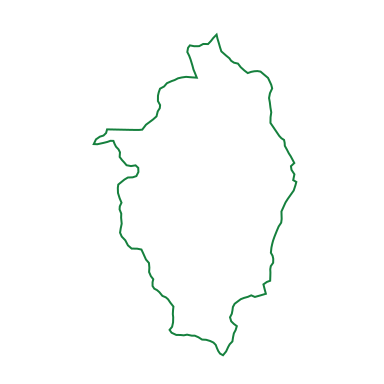 the district of Japoatã, Sergipe, Brazil, rotated 6°
{"feature_id": "56859067B54321289855838", "entity_name": "Japoatã", "entity_type": "district", "adm_level": 2, "iso_a3": "BRA", "parent_name": "Brazil", "parent_adm1": "Sergipe", "projection": "orthographic", "projection_center": [-36.794, -10.437], "detail": "fine", "context": "isolated", "style": "outline", "palette": "green", "viewbox_px": 384, "rotation_deg": 6, "n_neighbors": 0, "source": "geoboundaries", "source_scale": "gbopen_adm2", "svg_char_len": 2698}
<svg xmlns="http://www.w3.org/2000/svg" viewBox="0 0 384 384"><g transform="rotate(6 192 192)"><path d="M213.6,335.8L217.4,337.7L221.5,337.5L225.7,338.3L229.1,339.5L231.6,341.6L233.1,344.6L234.8,347.5L236.8,349.8L239.9,351.1L242.6,347.0L244.2,342.3L245.4,339.5L247.8,336.4L248.0,332.3L248.4,328.2L249.8,324.8L250.6,320.7L247.4,318.8L244.5,316.5L242.9,312.6L244.3,309.0L244.6,305.7L244.7,302.1L246.1,298.7L249.1,295.9L251.7,293.5L254.8,291.9L258.6,290.4L261.7,288.6L265.5,289.8L270.8,287.7L276.1,285.5L274.4,281.1L272.7,276.4L275.9,273.6L279.0,272.1L278.7,267.7L278.4,264.0L277.9,260.6L278.1,257.5L280.1,253.9L279.8,250.0L278.8,247.0L276.8,244.2L276.8,239.0L277.2,235.3L277.7,232.0L278.7,227.8L280.3,222.1L281.8,217.2L283.9,213.2L284.0,209.5L283.0,202.0L286.1,192.6L288.0,188.8L293.0,179.9L294.2,174.3L294.7,171.1L291.4,169.6L292.0,163.7L288.6,159.5L287.7,156.0L290.7,152.5L288.5,149.2L286.4,146.1L284.3,143.5L281.8,139.7L279.5,136.4L279.0,133.4L278.1,130.6L275.3,129.2L272.9,127.1L262.8,115.1L262.3,109.4L262.5,104.5L261.2,99.9L260.0,94.6L258.8,90.5L259.2,85.6L260.9,80.6L259.6,77.1L258.0,74.4L255.7,70.6L251.1,67.5L247.6,65.1L244.4,64.9L241.4,65.4L238.4,66.3L235.0,67.9L231.4,65.7L227.4,62.8L224.3,59.5L220.2,59.0L217.2,57.4L215.2,55.1L211.7,52.8L206.5,49.1L204.8,45.3L203.2,41.3L201.3,36.8L200.0,32.9L197.0,36.7L195.1,39.8L192.5,43.2L187.7,43.6L183.9,46.2L179.0,46.8L174.6,46.4L173.0,49.0L172.7,53.3L174.9,56.7L176.7,60.3L179.2,66.2L180.7,70.1L182.5,73.4L184.8,77.8L179.5,78.0L174.1,78.1L169.7,79.2L166.2,80.4L163.0,82.5L160.2,83.8L155.7,86.4L153.2,90.0L149.4,92.6L148.5,96.4L148.1,99.8L148.6,105.1L151.2,108.9L151.2,112.0L149.5,115.4L148.8,120.5L145.6,124.0L139.2,129.9L136.0,135.2L132.9,135.8L125.9,136.5L101.0,138.6L100.4,142.3L98.1,145.1L94.6,146.6L91.0,149.7L89.3,154.6L92.8,154.4L98.6,152.5L102.7,151.0L105.6,149.6L108.5,149.4L110.0,152.3L111.7,154.9L114.4,157.2L116.2,160.0L116.4,164.7L119.1,167.6L121.4,169.6L124.1,172.2L128.6,172.6L133.1,171.4L136.0,173.6L136.6,177.7L135.0,182.0L131.5,183.6L126.7,184.3L123.5,186.7L120.9,189.3L117.9,192.3L117.8,195.7L118.5,200.7L120.7,205.8L123.0,210.0L121.7,213.8L121.8,216.9L123.9,220.9L124.2,225.0L125.4,230.9L124.9,235.8L124.7,240.0L126.8,243.7L130.7,247.0L133.9,251.8L137.9,254.6L143.3,254.1L147.7,254.5L149.7,257.8L151.6,261.1L153.3,264.0L156.6,267.1L157.5,271.7L157.7,276.1L159.9,280.0L162.6,282.8L162.2,285.8L162.6,289.6L164.6,292.1L167.4,293.2L170.0,295.0L173.4,298.4L177.0,299.5L179.4,301.2L182.1,304.4L185.5,307.9L185.5,311.6L185.7,315.5L186.4,318.5L186.8,323.6L186.3,328.1L184.1,331.5L186.4,334.1L191.3,335.8L195.5,335.4L198.8,335.4L202.0,334.4L206.8,334.9L209.8,334.6L213.6,335.8Z" fill="none" stroke="#15803d" stroke-width="2"/></g></svg>